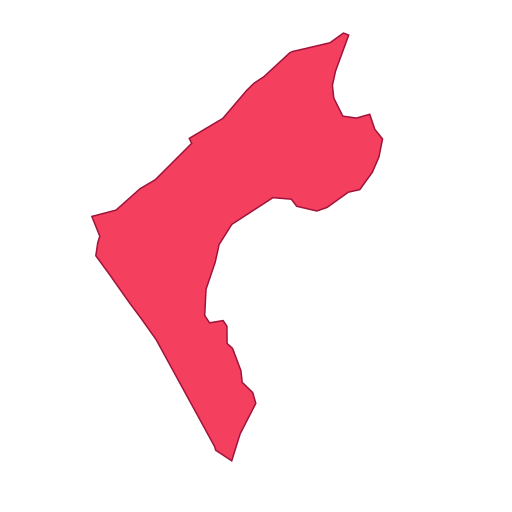 outline of Tamuning, Guam, rotated 164°
{"feature_id": "77769853B98386396694239", "entity_name": "Tamuning", "entity_type": "district", "adm_level": 2, "iso_a3": "GUM", "parent_name": "Guam", "parent_adm1": "", "projection": "orthographic", "projection_center": [144.795, 13.512], "detail": "fine", "context": "isolated", "style": "filled", "palette": "rose", "viewbox_px": 512, "rotation_deg": 164, "n_neighbors": 0, "source": "geoboundaries", "source_scale": "gbopen_adm2", "svg_char_len": 958}
<svg xmlns="http://www.w3.org/2000/svg" viewBox="0 0 512 512"><g transform="rotate(164 256 256)"><path d="M402.9,339.3L400.7,318.1L404.5,312.3L409.9,300.4L400.7,275.3L400.6,274.8L390.2,244.9L389.9,244.2L383.7,227.8L375.1,203.3L348.3,84.2L348.3,80.4L335.8,65.8L323.7,84.2L320.2,89.5L296.8,114.4L296.8,125.6L304.1,138.4L302.1,150.0L304.0,173.4L304.0,173.6L307.9,179.9L303.3,196.5L305.4,203.0L319.1,204.6L321.7,213.0L313.2,237.8L296.9,261.3L288.3,277.2L270.5,293.1L223.7,307.4L206.4,300.9L203.2,292.6L185.1,282.5L179.6,282.8L174.3,283.1L149.7,291.9L137.9,291.2L128.4,298.7L121.2,304.3L110.6,317.2L102.1,333.6L106.4,343.9L106.9,345.2L107.6,360.9L121.4,360.9L134.0,366.5L137.7,386.4L135.5,399.0L128.6,411.8L115.7,429.5L106.0,442.8L110.5,446.2L126.2,440.6L164.6,442.5L167.4,442.1L199.2,426.1L209.9,422.8L219.1,417.9L250.0,397.4L287.7,387.5L286.8,382.0L331.8,357.1L348.8,352.7L377.9,338.7L402.9,339.3Z" fill="#f43f5e" stroke="#9f1239" stroke-width="1.5"/></g></svg>